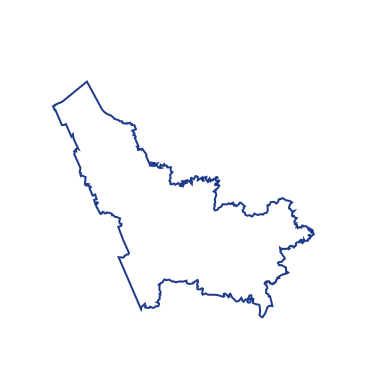 Stratford District, Manawatu-Wanganui, New Zealand, rotated 67°
{"feature_id": "76426892B63659956028788", "entity_name": "Stratford District", "entity_type": "district", "adm_level": 2, "iso_a3": "NZL", "parent_name": "New Zealand", "parent_adm1": "Manawatu-Wanganui", "projection": "albers", "projection_center": [174.669, -39.151], "detail": "fine", "context": "isolated", "style": "outline", "palette": "blue", "viewbox_px": 384, "rotation_deg": 67, "n_neighbors": 0, "source": "geoboundaries", "source_scale": "gbopen_adm2", "svg_char_len": 6128}
<svg xmlns="http://www.w3.org/2000/svg" viewBox="0 0 384 384"><g transform="rotate(67 192 192)"><path d="M49.3,245.6L58.2,276.2L58.2,284.0L58.9,284.1L58.8,286.4L63.0,286.4L63.0,285.7L79.5,285.6L80.3,283.8L80.3,281.5L93.8,281.4L92.4,279.1L96.8,280.2L107.9,279.8L107.0,280.4L107.3,282.5L108.0,283.2L108.4,282.6L109.4,282.7L108.9,284.4L109.5,284.2L110.9,285.6L126.3,285.3L130.2,287.8L131.2,286.9L132.1,287.8L133.9,288.1L133.8,286.9L136.7,284.1L142.6,287.4L144.1,284.7L144.6,286.7L146.3,283.7L147.5,284.0L148.0,283.5L148.2,284.8L156.4,284.9L156.4,282.1L161.3,282.6L161.1,285.2L165.4,285.7L165.2,284.3L164.3,283.5L164.8,282.9L165.4,283.0L166.1,285.2L167.5,285.7L176.4,284.9L176.5,283.2L175.3,282.3L176.0,281.2L177.6,280.7L178.0,279.1L177.6,278.1L179.5,275.4L181.0,274.3L182.2,274.7L182.6,273.6L184.9,272.5L185.6,271.1L188.3,268.5L190.5,270.5L191.9,270.7L193.3,270.4L193.9,269.4L194.9,269.7L195.5,270.4L195.3,273.5L209.1,274.1L223.6,273.8L224.5,275.2L224.0,276.8L224.5,279.2L225.1,279.5L225.5,280.8L223.4,285.0L279.8,284.7L278.2,283.6L276.6,279.2L277.9,279.7L278.6,279.1L279.7,280.2L280.5,279.6L282.0,276.6L281.2,275.3L283.3,273.6L283.6,271.7L283.0,270.3L283.9,267.9L282.7,266.2L281.6,265.9L279.8,267.4L279.8,266.2L278.4,265.5L278.0,263.7L275.4,262.6L274.7,261.5L273.3,261.7L273.4,261.2L272.2,260.0L268.9,260.1L265.7,258.5L264.5,259.0L263.9,258.0L264.4,257.5L263.6,256.1L263.8,254.9L261.7,251.5L263.1,250.2L263.8,247.2L266.8,245.1L267.1,243.8L268.8,242.1L269.6,237.9L270.9,235.7L271.4,231.8L273.8,232.4L275.7,230.3L276.5,227.1L275.8,226.2L276.3,225.6L275.5,224.6L275.6,223.0L275.0,221.7L275.5,221.1L277.4,221.6L278.8,223.4L280.9,223.4L280.6,223.8L283.2,225.0L284.4,223.8L284.9,221.9L284.4,220.6L285.3,219.7L289.4,222.4L290.7,222.2L290.7,219.2L292.9,217.2L296.2,209.6L300.8,204.0L300.6,203.1L298.3,202.8L298.1,201.8L299.5,200.5L303.2,199.4L302.9,198.5L300.8,197.6L300.7,196.5L304.5,196.3L309.7,194.2L310.4,193.3L310.6,191.6L308.7,187.9L312.1,188.1L313.2,187.3L311.8,185.2L312.6,182.7L309.8,179.6L310.1,177.8L312.9,178.4L313.3,182.7L313.9,183.7L315.1,183.9L315.9,183.3L316.3,182.0L314.0,178.1L314.5,177.3L317.9,179.4L320.5,176.7L321.7,174.6L322.9,174.1L328.4,175.9L331.4,177.9L333.8,177.1L334.7,176.4L334.7,175.6L332.0,171.7L327.3,167.3L327.1,164.8L328.5,162.6L318.5,160.9L318.1,162.2L315.9,161.6L314.3,163.3L310.8,162.0L310.4,160.6L308.3,159.7L304.6,161.0L303.6,159.5L304.6,158.7L303.5,158.1L304.1,156.1L304.7,155.8L305.6,156.8L305.2,155.8L306.7,155.8L306.7,155.1L308.3,154.2L307.6,152.7L308.4,152.1L307.5,150.9L307.5,149.7L306.1,149.0L305.3,147.1L304.4,147.0L305.2,145.3L303.8,145.2L303.3,140.5L304.0,138.0L302.3,136.4L304.0,135.9L303.8,134.9L301.5,136.3L298.2,135.0L294.2,138.2L293.5,140.4L290.8,140.6L290.5,139.4L291.3,136.4L289.8,133.7L289.8,132.7L288.6,132.5L281.6,134.1L280.3,132.5L279.6,133.3L277.8,132.7L279.9,131.6L279.7,130.5L280.7,129.1L281.3,126.4L282.5,125.3L282.1,124.1L280.9,124.5L280.2,123.5L280.2,122.0L281.0,121.3L281.0,120.4L282.8,120.0L281.7,117.0L279.8,116.5L279.4,114.3L280.5,112.2L278.8,111.8L278.6,110.4L279.3,109.4L281.3,110.4L282.2,110.2L281.4,108.5L279.4,107.5L281.2,107.4L281.4,105.8L282.2,104.6L280.5,103.0L280.8,101.5L279.3,100.8L277.3,101.4L277.3,100.6L279.5,99.5L278.5,97.5L278.6,96.5L276.4,96.3L276.1,97.9L274.4,98.3L274.0,97.0L274.6,96.0L274.2,95.9L273.1,96.7L272.9,99.3L271.5,99.4L272.5,98.3L271.5,97.9L271.1,98.8L268.2,100.1L267.3,102.5L266.2,103.0L266.0,103.8L267.0,104.5L266.8,105.4L267.4,105.5L266.2,107.3L266.5,108.7L264.1,108.4L264.5,109.3L263.0,108.6L262.1,109.5L261.5,108.4L261.0,109.6L259.2,109.4L256.8,105.8L255.5,107.4L253.7,107.5L253.6,109.1L252.0,108.9L250.5,107.8L249.3,105.3L249.0,107.6L246.1,108.1L244.9,109.1L242.6,107.6L241.2,105.7L240.7,104.0L238.4,105.6L236.3,108.8L233.5,110.6L232.8,111.6L233.2,112.8L232.6,115.0L234.4,116.2L235.6,118.8L233.0,120.5L232.1,123.5L234.5,126.0L233.5,127.1L233.7,127.8L238.2,129.3L240.2,131.1L239.9,134.0L240.5,135.6L239.5,136.8L238.7,140.7L236.3,143.0L237.9,145.5L237.9,146.7L235.9,147.9L235.4,150.4L233.8,151.8L231.6,151.5L230.2,152.8L228.6,152.6L227.6,150.8L226.3,150.3L225.8,148.9L220.8,151.4L220.6,152.6L221.8,154.1L222.4,156.6L221.2,156.9L221.1,158.5L219.6,158.1L219.2,159.1L217.9,158.4L217.8,160.2L218.3,161.2L216.7,162.8L217.2,164.1L215.3,168.7L216.9,170.7L217.2,173.9L218.4,175.8L217.8,178.2L215.9,178.2L213.3,176.2L212.2,176.4L211.5,175.2L208.8,174.0L208.0,174.2L204.2,170.8L201.7,170.4L200.0,171.8L199.4,170.0L199.8,169.4L198.8,168.6L198.7,167.1L196.8,164.4L195.9,164.9L194.9,167.7L194.4,168.0L193.3,167.0L193.9,165.0L192.3,162.5L191.8,162.8L191.6,165.1L190.2,165.6L189.1,165.2L188.9,162.9L188.1,163.0L187.8,164.3L189.1,165.8L188.4,167.1L189.4,168.1L188.6,169.2L189.3,170.4L186.3,170.5L187.5,172.2L189.0,172.6L189.2,173.4L185.8,174.1L183.8,172.9L183.5,175.2L184.4,176.9L186.1,176.6L186.1,177.5L184.3,178.0L182.6,177.0L183.4,182.1L180.2,180.7L178.7,182.5L181.0,185.4L178.7,186.9L178.7,187.5L180.3,188.1L180.7,189.2L182.2,187.8L184.7,189.1L180.7,190.3L180.5,192.4L181.7,193.4L181.3,195.0L179.2,192.5L179.0,194.9L180.6,195.5L179.8,196.4L178.3,196.4L178.2,197.0L182.1,196.9L182.8,197.7L181.4,197.6L180.1,198.9L180.8,199.5L182.3,199.0L182.4,199.7L181.7,200.6L178.5,200.9L178.8,204.7L177.4,205.0L177.0,205.8L177.2,207.5L176.1,208.8L174.1,207.8L172.9,208.4L171.0,206.3L167.7,205.5L166.1,202.3L165.5,203.1L163.7,203.2L160.9,201.8L159.7,205.1L157.8,205.0L157.1,206.8L155.6,206.8L156.6,208.5L154.6,210.2L156.5,211.9L157.8,210.8L157.5,212.1L156.0,213.4L153.1,214.2L152.3,212.9L152.2,214.4L153.5,216.0L152.7,217.4L151.3,216.5L151.4,214.7L150.6,215.2L149.9,217.2L151.3,217.2L151.3,218.7L152.0,218.9L151.1,220.5L150.7,220.2L150.9,219.5L149.4,219.7L148.9,218.9L148.7,220.1L140.8,220.2L140.2,219.4L138.8,219.5L133.0,220.9L133.5,221.8L132.4,222.3L132.3,225.2L131.0,224.9L131.2,224.0L128.7,224.9L128.8,223.4L119.7,223.5L119.5,222.4L116.5,222.4L116.5,223.4L115.0,222.0L112.3,223.0L112.3,219.1L108.1,218.9L106.8,221.3L105.9,220.8L105.1,222.0L104.0,222.0L103.7,224.8L103.2,225.0L103.5,225.6L101.5,228.9L99.7,228.7L98.6,230.8L97.2,231.5L94.4,234.7L90.3,236.4L86.9,239.8L83.9,241.5L80.9,242.5L49.3,245.6Z" fill="none" stroke="#1e3a8a" stroke-width="2"/></g></svg>